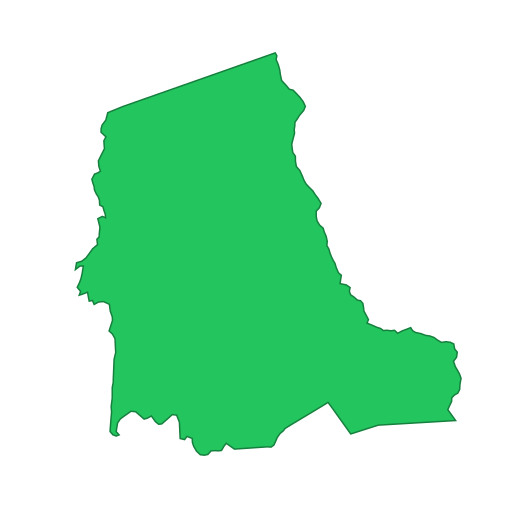 the district of Iracema, Ceará, Brazil, rotated 350°
{"feature_id": "56859067B18871619183331", "entity_name": "Iracema", "entity_type": "district", "adm_level": 2, "iso_a3": "BRA", "parent_name": "Brazil", "parent_adm1": "Ceará", "projection": "natural_earth1", "projection_center": [-38.338, -5.764], "detail": "fine", "context": "isolated", "style": "filled", "palette": "green", "viewbox_px": 512, "rotation_deg": 350, "n_neighbors": 0, "source": "geoboundaries", "source_scale": "gbopen_adm2", "svg_char_len": 2973}
<svg xmlns="http://www.w3.org/2000/svg" viewBox="0 0 512 512"><g transform="rotate(350 256 256)"><path d="M134.9,89.1L131.7,96.1L127.2,100.3L125.6,103.6L124.9,107.2L128.9,112.6L126.2,116.1L125.7,120.3L125.4,124.0L120.6,130.4L117.3,134.9L116.8,140.2L117.5,145.5L114.5,146.7L111.2,147.3L107.7,151.9L108.0,155.7L108.6,159.2L108.4,162.9L109.5,167.1L110.9,170.3L111.5,173.9L110.9,178.7L113.8,180.9L114.2,185.1L114.8,188.6L114.5,192.2L111.5,190.3L106.7,191.8L107.3,200.6L105.7,206.2L104.8,210.0L102.2,211.9L101.9,217.3L96.4,220.5L92.0,224.8L88.2,228.4L83.4,230.9L78.1,231.5L75.8,238.0L80.9,235.3L84.2,235.9L81.9,242.6L79.8,247.7L77.4,251.8L74.5,255.8L77.1,260.4L75.1,263.9L78.9,263.4L83.8,262.4L83.8,267.9L83.9,271.5L87.2,271.4L88.2,275.6L92.8,274.0L97.9,274.4L103.2,278.1L102.9,285.0L103.9,290.9L103.5,294.5L98.3,304.3L101.1,308.0L102.8,313.0L101.7,321.4L101.1,326.6L98.3,333.1L94.1,352.3L93.4,355.9L91.6,360.5L89.7,371.1L87.2,379.2L86.7,384.5L85.2,390.1L82.7,399.8L81.8,403.5L84.0,407.2L87.0,409.0L90.1,408.4L87.8,404.6L90.7,396.4L94.1,392.9L99.1,390.4L102.4,388.9L105.9,387.2L110.5,388.5L117.5,397.2L120.6,396.9L125.2,395.4L126.7,398.5L128.2,401.7L130.9,404.8L134.0,405.0L140.2,401.3L145.9,397.7L150.2,398.9L151.7,406.4L149.6,422.6L153.8,424.4L156.7,421.7L161.5,424.6L161.0,428.8L161.6,432.6L163.5,437.8L166.6,442.0L170.6,443.2L174.1,443.1L177.9,440.1L182.0,440.6L185.3,441.4L188.3,441.5L191.4,437.8L194.2,435.3L201.2,442.4L233.9,445.9L237.7,446.8L240.8,445.3L243.1,442.0L245.5,438.3L249.0,434.9L252.4,433.0L254.7,430.9L261.4,428.2L289.3,417.5L301.5,412.7L304.4,418.4L318.4,447.7L347.0,443.8L424.0,452.7L418.2,440.6L420.8,436.8L423.3,433.4L424.2,429.6L427.4,427.3L430.9,426.1L433.4,422.8L434.7,417.4L436.7,412.1L435.9,407.5L434.8,404.2L433.1,399.6L432.2,394.0L435.9,390.6L437.5,385.7L435.5,382.0L435.5,377.0L432.4,374.7L428.2,373.4L423.7,373.3L420.1,370.3L417.2,367.2L413.4,365.0L409.2,363.6L405.0,361.1L399.8,359.0L397.2,356.7L395.9,353.4L392.2,354.2L387.1,355.1L382.1,356.7L379.5,353.2L375.9,353.1L372.2,351.9L368.4,351.5L366.1,349.0L362.8,347.3L357.9,344.0L353.7,341.4L355.7,338.1L354.1,333.1L352.7,328.9L353.0,325.1L353.0,321.2L351.2,318.2L348.1,317.0L345.6,313.7L342.4,310.5L341.8,307.0L343.2,303.4L339.8,300.1L334.0,297.8L335.3,293.8L336.7,289.8L334.3,286.9L333.0,281.5L332.5,277.0L331.3,273.8L330.2,270.0L329.4,266.0L329.0,262.0L327.6,258.0L328.7,253.9L328.5,248.7L327.4,244.3L327.0,240.3L324.0,236.6L322.2,231.9L322.2,227.4L323.1,222.3L326.7,219.6L329.2,215.5L327.1,210.0L324.9,205.8L323.3,201.8L319.9,197.0L317.8,193.7L316.4,189.8L315.5,185.3L314.0,179.5L311.3,174.9L311.3,169.7L312.1,164.6L310.2,160.5L310.3,156.9L310.6,152.1L313.3,146.1L315.3,141.7L315.6,138.1L316.8,134.6L317.6,131.0L320.0,128.7L323.2,125.1L328.2,121.0L330.6,117.2L329.2,112.1L327.0,107.7L324.2,103.3L321.3,99.1L317.7,97.5L315.3,93.2L311.7,87.6L311.5,81.6L311.7,77.1L311.2,71.6L309.9,66.0L311.3,62.5L310.2,59.3L151.2,85.6L134.9,89.1Z" fill="#22c55e" stroke="#15803d" stroke-width="1.5"/></g></svg>